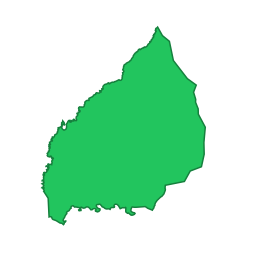 the district of Bu'regxangai, Bulgan, Mongolia, rotated 187°
{"feature_id": "93677404B37856790157054", "entity_name": "Bu'regxangai", "entity_type": "district", "adm_level": 2, "iso_a3": "MNG", "parent_name": "Mongolia", "parent_adm1": "Bulgan", "projection": "albers", "projection_center": [104.281, 48.34], "detail": "fine", "context": "isolated", "style": "filled", "palette": "green", "viewbox_px": 256, "rotation_deg": 187, "n_neighbors": 0, "source": "geoboundaries", "source_scale": "gbopen_adm2", "svg_char_len": 5895}
<svg xmlns="http://www.w3.org/2000/svg" viewBox="0 0 256 256"><g transform="rotate(187 128 128)"><path d="M195.5,30.1L194.8,30.5L193.5,30.5L192.9,30.1L192.2,28.7L191.4,28.1L188.0,27.3L183.9,25.4L182.0,25.4L180.3,24.2L179.8,24.9L179.6,26.5L178.8,27.0L178.4,27.8L178.4,28.1L178.8,28.1L180.2,27.4L181.2,28.4L180.9,30.0L180.1,31.4L179.8,32.8L178.9,34.8L178.3,35.5L178.7,36.7L178.1,37.6L176.4,38.8L175.5,40.8L174.7,41.4L174.9,42.2L174.8,43.2L173.4,44.1L172.8,44.1L171.4,43.0L170.1,43.3L166.5,43.0L165.9,42.2L165.8,41.3L167.0,40.7L166.9,40.3L166.4,39.9L164.6,40.4L164.6,40.8L165.4,43.1L165.1,43.6L164.4,43.7L162.7,43.0L161.1,43.4L159.6,44.6L159.0,44.8L157.4,44.5L156.1,43.5L154.9,42.3L153.7,42.5L152.7,43.6L151.3,44.0L150.6,43.9L150.0,43.5L149.7,42.9L150.3,41.9L150.1,41.5L148.2,41.0L146.8,41.6L145.9,42.8L145.8,43.4L146.0,44.3L147.6,44.5L148.8,45.2L149.7,46.3L150.0,46.9L149.9,47.7L149.3,48.3L148.4,48.3L147.3,48.9L146.5,48.9L144.9,47.7L144.0,46.6L142.5,46.3L141.1,45.4L139.7,45.0L136.7,45.5L135.9,45.0L135.7,45.3L135.5,46.4L134.5,47.2L133.0,47.2L131.9,47.7L131.8,48.3L132.4,48.8L132.4,49.5L131.9,50.4L131.2,50.8L130.1,50.9L129.5,50.8L128.0,49.7L125.9,47.0L123.7,48.3L121.9,48.3L120.7,48.9L120.4,48.5L120.1,45.1L119.7,44.2L118.1,43.3L117.0,43.6L114.6,42.0L114.0,41.9L112.7,42.1L111.1,43.1L110.6,44.1L111.2,44.6L113.1,44.8L114.8,45.7L115.1,46.5L115.1,47.9L114.5,49.9L114.2,50.1L111.9,50.1L109.9,50.4L101.3,52.1L98.5,50.7L93.8,49.4L93.6,50.2L93.1,50.8L92.6,51.9L92.5,53.5L91.9,54.3L92.0,55.7L91.4,57.8L90.8,58.4L90.6,59.3L87.0,63.7L86.2,64.1L84.4,66.8L83.5,70.3L83.4,71.2L83.5,72.0L83.9,72.6L84.0,75.7L65.5,81.8L61.0,92.9L50.4,98.5L49.2,111.3L50.9,122.9L51.4,138.2L59.9,150.3L60.7,155.6L64.1,161.8L64.3,164.7L67.3,171.5L65.5,178.9L75.1,184.2L91.2,200.5L97.5,219.1L105.1,223.9L110.9,231.8L111.4,231.0L112.2,230.5L112.6,229.8L112.4,229.2L112.6,228.9L112.3,228.5L112.7,228.0L111.9,227.3L112.6,226.1L112.6,225.4L113.0,225.0L113.1,224.1L113.8,224.0L113.7,223.7L114.2,222.7L113.6,222.3L113.8,221.4L114.0,221.3L113.8,220.8L114.7,220.2L114.7,219.2L115.6,218.3L115.4,217.5L116.0,217.0L116.0,216.5L116.4,216.5L116.4,216.1L116.8,216.1L116.7,215.5L117.1,214.7L118.3,213.5L118.8,212.1L119.4,211.2L120.7,210.3L121.1,210.1L121.4,210.4L122.7,209.5L122.7,209.2L123.4,209.0L124.6,208.2L124.7,207.9L125.0,207.8L125.1,207.4L125.7,207.2L126.4,207.7L127.3,206.7L127.6,205.4L128.0,205.2L128.2,204.7L128.9,204.5L128.9,204.1L130.2,203.0L130.3,202.4L130.7,202.1L131.6,200.2L131.6,199.3L131.8,198.8L132.6,197.7L133.5,195.4L134.2,195.0L134.6,194.1L137.6,192.1L138.1,191.1L138.8,190.8L139.7,189.8L139.5,189.0L139.9,188.4L139.8,186.3L140.2,185.8L140.3,185.0L139.7,184.8L139.1,184.1L139.0,183.7L139.4,182.7L140.1,182.3L139.5,180.6L140.0,179.7L140.1,178.9L139.8,178.2L140.0,177.1L139.8,176.7L139.8,176.2L140.4,175.0L140.9,174.5L141.9,174.3L142.8,174.8L145.8,172.8L146.9,172.4L147.7,171.7L149.0,171.6L150.2,171.1L151.6,169.7L152.2,169.6L152.6,170.5L152.8,170.4L153.2,170.3L154.8,168.8L155.8,168.7L156.7,168.1L157.9,166.3L157.8,164.3L157.5,164.1L157.5,163.8L158.6,163.7L158.3,163.1L158.6,163.0L159.0,161.7L160.7,161.6L160.6,161.1L159.3,160.9L159.2,160.4L160.0,160.1L160.4,159.5L161.0,159.1L163.7,159.1L164.3,158.2L164.2,157.5L166.2,156.4L166.7,155.0L170.3,152.7L170.4,152.1L170.0,151.1L170.1,150.6L171.4,150.6L172.6,150.1L174.0,148.4L173.7,147.2L173.9,146.3L174.3,145.6L174.1,145.2L174.2,144.1L174.6,143.6L175.5,143.1L176.3,143.3L176.8,143.0L178.5,143.1L179.4,142.3L179.4,141.1L178.9,140.5L179.0,139.4L178.6,139.1L177.8,139.3L177.6,139.0L178.0,137.9L179.3,137.6L179.4,136.5L180.4,136.3L180.4,135.9L179.6,135.4L179.4,135.0L179.8,133.8L180.6,133.1L180.7,132.2L180.7,131.3L179.9,129.8L180.1,129.2L180.4,128.9L181.2,129.0L182.8,130.1L183.2,129.7L182.3,129.3L182.2,129.0L182.3,128.7L183.4,128.2L184.3,128.4L184.6,128.0L185.5,128.5L185.6,128.2L185.1,127.2L185.5,126.8L186.6,127.0L186.8,127.4L186.7,128.0L187.0,128.4L187.7,128.2L188.3,127.4L188.9,125.6L189.5,124.5L189.6,123.9L189.1,122.0L189.1,120.4L189.4,119.4L190.7,118.3L191.4,118.1L192.9,118.9L193.8,120.0L193.6,121.5L193.8,121.9L193.7,122.5L192.2,124.3L191.6,123.9L191.5,123.4L191.3,123.6L192.1,125.6L193.6,127.1L193.6,126.2L194.5,125.1L194.5,124.7L194.1,124.0L194.4,123.3L194.1,122.3L194.3,121.7L195.2,120.6L197.4,119.7L197.3,119.1L196.6,119.1L196.5,118.8L197.4,117.8L197.1,116.9L197.4,116.2L197.4,115.3L198.3,115.1L197.6,114.9L197.6,114.4L198.2,113.3L199.7,112.5L200.0,110.9L200.3,110.1L200.8,109.9L202.0,109.9L202.1,109.5L201.6,109.2L201.5,108.5L202.4,108.1L202.9,107.4L202.7,107.0L201.6,106.6L201.5,106.0L202.0,105.7L202.9,105.7L203.2,104.7L204.1,104.3L204.0,103.3L203.1,102.6L203.0,102.2L203.4,101.9L204.0,102.1L204.4,101.9L204.4,101.6L203.8,101.3L203.6,100.9L204.3,100.3L204.3,100.0L204.0,99.8L203.2,100.0L203.0,99.6L203.0,98.5L203.9,98.3L203.7,97.5L203.3,96.5L203.4,95.6L204.1,95.4L204.2,95.0L203.9,94.4L205.1,92.9L204.7,92.4L204.5,91.5L204.8,90.8L204.0,90.0L201.9,89.7L201.7,90.0L201.7,90.6L201.0,90.7L200.2,89.7L200.1,89.0L199.9,88.6L199.0,89.2L198.6,89.0L198.4,88.6L199.2,87.9L198.9,87.0L199.6,86.1L199.5,85.1L199.0,84.3L199.3,83.5L199.3,82.3L200.8,82.5L201.7,81.9L202.4,82.6L202.8,82.6L203.1,82.3L203.1,81.8L202.3,81.5L202.1,80.6L202.3,80.1L203.1,80.1L204.1,80.5L204.7,80.1L204.7,79.9L204.1,80.1L203.4,80.0L202.9,79.1L202.1,79.6L201.8,79.3L201.7,78.8L201.9,78.3L202.5,78.0L202.1,77.2L202.3,76.7L203.6,76.9L203.8,76.7L203.3,75.9L203.1,75.4L203.6,74.2L204.4,73.6L205.5,73.8L206.1,73.5L205.8,72.4L206.5,71.8L206.5,71.5L205.4,71.9L205.1,71.2L206.1,70.4L205.7,69.5L205.9,68.7L205.6,68.2L205.6,67.3L205.4,66.9L206.3,65.6L206.7,65.6L206.8,65.2L205.2,65.3L205.1,64.9L205.3,64.3L204.7,63.5L204.9,63.0L206.3,62.5L206.6,62.2L205.3,61.8L205.1,61.1L204.6,60.9L204.5,60.5L205.0,59.8L204.8,58.8L205.4,58.4L206.0,58.5L206.2,58.2L205.3,58.0L204.2,58.4L204.1,57.8L204.7,57.1L203.5,55.7L203.5,55.0L203.9,54.8L198.7,48.6L195.5,30.1Z" fill="#22c55e" stroke="#15803d" stroke-width="1.5"/></g></svg>